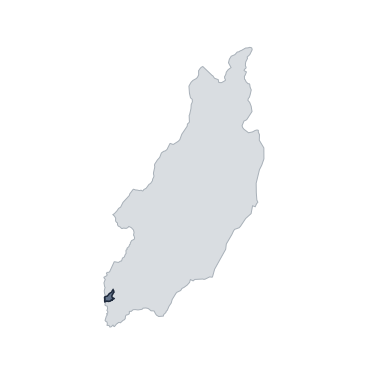 location of Bo'xmoron, Uvs, Mongolia, rotated 292°
{"feature_id": "93677404B1133858650203", "entity_name": "Bo'xmoron", "entity_type": "district", "adm_level": 2, "iso_a3": "MNG", "parent_name": "Mongolia", "parent_adm1": "Uvs", "projection": "natural_earth1", "projection_center": [90.299, 49.813], "detail": "fine", "context": "in_parent", "style": "filled", "palette": "slate", "viewbox_px": 384, "rotation_deg": 292, "n_neighbors": 0, "source": "geoboundaries", "source_scale": "gbopen_adm2", "svg_char_len": 4930}
<svg xmlns="http://www.w3.org/2000/svg" viewBox="0 0 384 384"><g transform="rotate(292 192 192)"><path d="M36.7,163.0L37.9,163.0L39.6,161.9L39.8,160.4L40.4,159.5L44.6,159.1L46.5,159.5L46.8,158.6L47.1,158.4L48.2,159.2L49.1,158.9L49.8,158.5L50.4,157.4L51.9,157.5L54.3,156.3L54.3,154.0L55.2,153.4L57.4,153.0L57.7,152.0L58.2,151.7L59.8,151.4L62.6,150.2L63.9,150.1L64.9,149.1L67.4,147.7L71.1,147.1L71.4,146.5L74.8,144.4L78.5,144.3L79.5,142.5L80.0,142.3L82.6,144.4L83.7,144.2L84.1,143.3L85.6,143.3L86.3,144.8L87.2,145.5L98.1,146.0L98.4,146.6L99.1,150.1L101.2,151.7L101.7,152.5L104.7,152.3L106.4,153.6L109.0,153.5L110.3,153.9L112.9,152.7L113.5,152.7L114.3,153.3L115.5,152.8L117.9,154.0L119.7,153.8L120.6,154.3L121.7,153.9L124.3,154.2L126.5,156.1L127.9,156.0L129.6,154.7L130.1,153.9L132.6,153.5L134.0,152.6L134.9,151.9L136.2,149.1L136.4,146.3L135.1,145.9L133.9,145.0L133.2,143.5L133.1,142.4L131.9,140.8L131.9,140.0L132.6,138.6L132.8,136.4L133.7,135.2L135.4,134.5L135.5,133.6L136.5,132.0L139.2,131.0L140.6,129.1L141.4,127.1L142.8,128.1L146.4,129.5L149.3,130.1L151.3,131.5L156.5,131.9L165.3,135.2L167.0,135.0L172.2,136.4L172.7,136.8L172.8,139.3L173.2,140.0L173.6,142.7L174.6,144.1L174.4,145.7L174.9,146.2L176.2,146.4L178.3,148.1L183.0,149.3L184.4,150.4L187.6,151.1L189.1,150.7L191.8,150.9L192.7,150.7L194.3,149.5L195.4,149.1L201.3,148.1L202.8,147.2L203.9,147.0L208.7,147.9L212.0,149.1L216.7,149.0L219.0,150.4L220.1,151.8L222.0,152.9L228.6,153.4L228.9,153.7L229.0,156.6L229.3,157.0L233.8,160.2L235.9,161.1L241.8,160.9L251.2,162.9L253.3,162.3L255.4,163.3L256.1,163.3L261.9,160.7L262.8,160.8L268.9,159.8L272.8,158.5L275.7,158.6L278.0,157.5L278.8,155.3L282.5,152.7L289.0,149.5L293.3,150.0L295.9,151.1L298.7,153.4L300.3,154.1L303.1,154.3L306.9,152.7L309.0,153.1L311.0,153.8L312.4,155.0L307.6,167.0L307.6,167.7L305.9,170.2L306.0,174.2L303.7,175.7L304.2,178.0L304.9,178.8L307.9,181.1L308.8,180.8L309.5,179.9L310.9,179.0L313.6,179.3L316.0,178.9L319.0,179.7L322.0,181.6L325.5,177.4L329.1,176.9L332.6,177.5L335.4,180.3L338.7,181.5L339.7,183.1L341.0,183.8L341.4,184.5L345.6,187.8L346.6,189.9L347.8,191.4L348.0,192.9L347.8,193.6L346.4,194.5L341.0,194.1L337.8,192.6L336.7,193.4L332.6,193.1L330.4,193.7L328.9,194.3L328.1,195.3L327.4,195.6L326.7,195.5L325.4,194.7L324.4,194.7L324.1,194.9L323.7,197.5L320.2,197.5L319.0,197.2L316.3,198.4L315.9,199.4L314.5,200.8L313.4,203.4L313.8,204.5L313.4,205.2L311.0,206.6L308.8,208.7L303.8,209.5L301.4,209.7L299.6,209.2L297.9,209.5L296.7,211.9L293.7,214.7L289.1,217.5L280.3,215.8L279.2,215.4L277.2,213.6L272.2,213.6L270.8,214.7L269.7,216.5L268.1,222.2L270.3,225.5L272.8,227.6L273.9,229.1L274.0,230.4L272.4,231.0L270.4,233.1L265.2,235.0L259.8,242.1L249.6,246.3L243.1,246.6L237.9,246.2L224.2,248.2L215.4,251.9L208.9,255.1L207.5,256.6L206.9,256.9L205.6,256.3L202.0,256.1L201.9,253.3L194.1,254.9L187.6,251.7L178.4,249.8L176.5,249.1L173.3,245.5L171.6,245.1L167.6,244.9L156.6,243.3L151.5,244.7L129.0,241.9L120.9,242.8L120.5,242.4L119.9,240.2L116.0,236.7L115.5,235.8L115.3,234.5L112.0,227.4L110.0,226.3L110.2,223.3L107.3,223.6L103.9,222.4L100.5,220.3L98.8,218.8L96.4,218.4L93.4,215.6L92.1,215.1L84.9,213.9L81.3,214.3L77.5,213.5L73.1,213.4L71.7,212.8L70.4,212.9L67.9,211.7L66.2,211.9L64.1,207.8L64.5,205.3L65.4,203.8L67.4,201.5L67.3,200.7L66.5,198.6L67.6,195.0L67.2,192.7L66.0,190.2L64.5,189.6L62.4,186.1L61.7,183.4L60.8,181.5L58.6,180.4L57.9,178.8L57.2,178.7L56.8,179.2L55.5,179.4L54.1,178.4L53.4,177.2L52.6,176.9L51.2,177.0L49.9,177.5L48.4,177.3L47.2,176.2L43.9,174.6L43.8,173.4L43.4,172.6L42.4,172.3L41.4,171.5L38.2,170.5L38.1,169.9L39.0,168.6L36.8,167.6L36.0,166.5L37.2,165.0L36.7,164.0L36.7,163.0Z" fill="#d9dde1" stroke="#a8b0b8" stroke-width="1"/><path d="M61.9,150.4L61.7,150.4L61.4,150.4L61.2,150.5L61.0,150.9L60.8,150.9L60.7,150.9L60.7,151.0L60.4,151.3L60.2,151.4L60.0,151.5L59.8,151.4L59.7,151.5L59.4,151.4L59.3,151.5L59.2,151.5L58.5,151.7L58.3,151.8L57.9,152.0L57.7,152.2L57.7,152.3L57.8,152.4L57.8,152.5L58.0,152.7L57.9,152.7L58.0,152.8L58.1,153.0L58.3,153.1L58.5,153.1L58.6,153.3L58.6,153.5L58.8,153.6L58.8,153.8L58.9,154.0L59.0,154.3L59.1,154.5L59.2,154.8L59.3,154.9L59.3,155.0L59.2,155.0L59.3,155.2L59.3,155.3L59.3,155.5L59.3,155.8L59.5,155.9L59.5,156.0L59.7,156.3L59.8,156.3L59.9,156.5L60.0,156.6L60.0,156.8L60.1,157.0L60.3,157.0L60.5,157.2L60.6,157.3L60.8,157.3L61.0,157.4L61.1,157.5L61.3,157.7L61.3,157.8L61.4,158.0L61.5,158.1L61.6,158.3L61.7,158.2L61.7,158.3L61.8,158.4L61.9,158.5L62.0,158.6L62.4,158.5L64.0,159.8L64.1,159.7L64.1,159.4L63.9,159.3L63.8,159.2L63.7,159.2L63.5,158.9L63.5,158.7L63.8,158.5L64.0,158.5L64.2,158.4L64.3,158.3L64.3,158.2L64.2,158.0L64.2,157.9L64.1,157.7L64.4,157.5L64.5,157.5L64.6,157.4L64.8,157.1L65.0,156.9L66.0,156.5L66.3,156.5L66.6,156.6L67.1,156.7L68.1,156.8L69.0,156.9L69.9,157.2L70.6,156.7L71.2,156.3L71.9,155.4L70.1,155.0L69.2,155.1L68.4,154.6L67.6,153.9L66.4,153.2L65.9,153.2L63.6,152.4L63.2,151.6L61.9,150.4Z" fill="#64748b" stroke="#1e293b" stroke-width="1.5"/></g></svg>